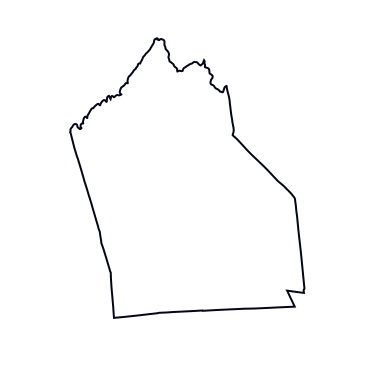 Tan Hong, Ðong Tháp, Vietnam (Equal Earth projection), rotated 14°
{"feature_id": "81297802B34572770830938", "entity_name": "Tan Hong", "entity_type": "district", "adm_level": 2, "iso_a3": "VNM", "parent_name": "Vietnam", "parent_adm1": "Ðong Tháp", "projection": "equal_earth", "projection_center": [105.442, 10.879], "detail": "fine", "context": "isolated", "style": "outline", "palette": "ink", "viewbox_px": 384, "rotation_deg": 14, "n_neighbors": 0, "source": "geoboundaries", "source_scale": "gbopen_adm2", "svg_char_len": 5612}
<svg xmlns="http://www.w3.org/2000/svg" viewBox="0 0 384 384"><g transform="rotate(14 192 192)"><path d="M319.4,278.4L311.3,268.5L308.2,264.7L325.0,262.9L324.8,262.2L324.4,261.3L324.1,260.3L324.1,259.7L324.3,259.3L324.4,258.9L324.4,258.5L324.4,258.2L323.9,256.9L312.4,224.6L307.1,210.4L304.4,203.1L299.7,189.8L297.9,185.4L295.8,179.4L294.5,176.3L293.8,174.3L293.3,173.4L292.5,172.5L288.3,169.3L279.2,163.8L272.8,160.7L260.4,152.7L256.0,150.0L240.7,141.3L235.0,137.8L229.2,133.9L222.2,129.4L219.4,128.0L217.8,127.1L217.6,126.7L217.8,124.8L217.7,123.1L217.5,121.7L216.7,119.5L214.4,114.7L213.2,111.6L211.2,107.1L207.3,96.8L206.1,93.5L204.7,90.4L202.1,85.7L200.6,82.6L200.0,80.9L199.7,80.8L198.9,81.6L198.6,82.0L198.3,82.7L198.2,83.6L198.2,84.7L198.1,85.2L198.0,86.4L198.0,87.1L197.7,88.0L197.7,88.5L197.6,88.3L197.2,87.9L196.7,87.8L195.9,87.7L195.6,87.8L195.2,87.9L194.3,87.3L194.0,87.0L193.0,86.5L191.8,86.0L190.5,85.9L189.6,85.5L188.9,85.0L187.9,84.0L187.5,83.7L187.0,83.4L186.1,83.2L185.0,83.1L184.4,82.9L184.3,82.7L183.8,82.1L183.5,81.6L183.4,81.2L183.4,80.8L183.3,80.1L183.3,79.3L183.4,78.5L183.7,77.7L184.2,76.5L184.2,75.9L184.2,75.2L184.0,74.6L183.8,74.2L183.5,74.0L182.5,73.5L180.8,72.8L180.4,72.6L180.1,72.0L179.2,69.4L178.8,68.7L178.3,68.3L177.9,68.1L177.2,67.9L174.6,67.8L174.4,67.7L174.2,67.4L174.1,66.9L174.0,66.0L173.9,65.4L173.2,64.6L173.0,64.3L172.9,64.1L172.8,62.7L172.6,62.1L171.8,61.3L171.6,62.5L171.6,62.9L171.5,63.9L171.4,64.5L171.2,65.1L170.7,65.8L169.8,67.1L169.6,67.1L169.3,67.1L168.5,66.8L168.0,66.6L167.4,66.2L166.7,65.6L166.1,65.3L165.5,65.0L165.0,64.9L164.7,65.0L162.8,65.2L162.5,65.4L161.8,66.1L161.4,66.7L161.0,67.2L160.7,67.5L159.9,67.9L159.3,68.3L158.4,69.2L158.0,69.7L157.5,70.1L156.8,70.8L156.3,71.3L155.6,72.3L154.5,73.3L154.1,73.9L153.8,74.6L153.7,75.4L153.6,76.6L153.4,76.9L152.5,77.3L152.1,77.3L151.2,77.3L150.7,77.4L150.1,77.5L149.5,77.9L148.9,78.5L148.7,78.6L148.3,78.1L148.0,76.8L147.7,76.2L147.2,75.7L146.8,75.4L146.2,75.1L145.4,74.8L144.9,74.6L144.4,74.3L144.1,74.0L143.8,73.4L143.4,73.0L143.0,72.6L142.4,72.2L141.7,71.9L140.1,71.2L139.3,70.9L138.8,70.8L138.6,70.6L138.2,69.8L137.7,68.8L136.8,67.5L136.6,67.1L136.5,66.5L136.5,65.7L136.5,64.9L136.4,64.0L136.1,63.3L135.7,62.7L135.3,62.1L134.8,61.7L133.0,60.3L132.5,60.0L132.1,59.9L131.8,59.6L131.6,59.3L131.1,57.9L130.8,57.4L130.5,57.0L130.0,56.5L129.8,56.2L129.4,55.0L129.0,52.9L128.6,52.2L128.2,51.7L127.8,51.5L127.4,51.3L126.8,51.2L126.4,51.2L125.4,51.0L125.0,51.0L124.5,51.3L124.0,51.7L123.6,52.4L123.3,52.6L123.1,52.6L122.0,52.4L121.8,52.4L121.8,52.1L121.9,51.8L121.3,51.4L120.3,51.5L120.1,51.9L120.0,52.1L119.6,52.3L119.1,52.7L118.7,53.3L118.7,54.1L118.8,56.2L118.7,57.2L118.6,57.7L118.0,59.3L117.6,60.4L117.5,61.2L117.2,61.9L117.0,62.7L116.8,63.6L115.9,65.5L114.9,67.3L113.9,68.7L113.6,69.4L113.3,70.2L113.1,70.8L112.2,72.4L111.9,73.0L111.8,73.7L111.7,74.8L111.6,75.6L111.0,77.7L110.7,78.8L110.7,79.5L110.5,80.0L109.8,80.1L109.2,80.3L108.8,80.8L108.7,81.3L108.8,82.8L108.6,83.4L108.4,83.8L108.1,84.3L107.8,84.8L107.4,86.6L107.0,86.9L106.6,87.4L106.2,88.1L105.8,89.1L105.4,90.5L105.1,91.1L104.6,91.9L104.0,93.6L102.9,95.1L102.7,95.5L102.5,96.8L102.4,97.8L102.5,99.1L102.7,100.4L102.8,100.7L103.1,101.3L103.3,102.0L103.1,102.1L102.2,102.1L101.7,102.3L101.3,102.7L101.1,103.1L100.8,104.1L100.5,104.6L100.3,105.0L99.8,105.7L99.3,106.3L98.7,107.0L98.2,107.6L97.9,108.5L97.7,109.9L97.6,111.3L97.7,112.4L97.9,113.1L98.5,113.7L99.4,114.2L99.8,114.4L99.7,114.6L99.2,115.1L98.6,115.5L98.1,115.8L97.9,115.9L96.3,115.9L95.7,116.1L95.3,116.4L94.8,117.0L94.3,117.7L93.9,118.4L93.6,118.8L93.3,118.9L92.9,118.8L92.7,118.7L92.3,118.4L91.9,118.2L91.4,118.2L90.9,118.4L90.6,119.0L90.5,120.1L90.5,121.5L90.4,121.4L90.2,121.3L89.2,120.1L88.9,119.6L88.8,119.3L88.5,119.0L88.1,118.8L87.5,119.4L87.0,120.1L86.8,121.0L86.9,122.5L87.0,122.9L87.3,124.0L87.4,124.4L87.4,124.9L87.3,125.1L87.2,125.2L86.6,125.0L86.3,124.8L86.1,124.5L85.6,124.2L85.3,124.1L84.9,124.0L84.2,124.2L83.6,124.7L83.2,125.4L82.7,126.3L82.4,127.2L82.2,127.6L82.0,129.0L81.9,129.8L81.9,130.0L81.5,130.1L81.3,130.0L80.7,129.5L80.3,129.3L79.7,129.2L79.1,129.5L78.6,129.9L78.1,130.6L76.8,132.6L76.5,133.3L76.3,133.8L76.1,134.2L75.9,134.5L75.7,134.7L75.2,134.8L74.8,135.1L74.4,135.7L73.4,138.7L73.3,139.2L73.1,140.1L72.8,141.0L72.5,142.0L72.2,143.4L72.3,144.3L72.4,145.1L72.4,145.5L72.2,145.6L71.4,145.0L71.1,144.8L70.7,144.6L70.3,144.8L69.9,145.1L69.6,145.6L69.3,146.3L69.2,147.2L69.2,148.9L69.2,150.0L69.3,150.7L69.8,151.6L69.8,151.9L69.7,152.0L69.3,152.0L68.7,152.1L68.3,152.5L68.0,152.9L67.8,153.7L67.9,154.4L68.0,155.2L68.2,155.9L68.7,156.3L69.1,156.5L69.3,156.7L69.3,156.8L69.2,157.0L68.5,157.8L68.1,158.0L67.7,158.0L67.5,157.9L66.9,157.6L65.6,156.9L65.3,156.7L64.8,156.0L64.7,155.7L64.4,154.9L64.1,154.6L63.8,154.4L63.3,154.2L62.7,154.2L62.2,154.3L61.5,154.6L61.0,155.2L60.7,155.9L60.4,156.9L59.9,158.2L59.5,158.8L59.2,159.6L59.0,160.4L59.0,160.9L59.2,161.6L59.5,162.7L59.5,162.9L59.5,163.0L59.3,163.4L59.8,164.0L60.1,164.4L65.6,174.7L67.2,177.7L71.0,184.0L71.7,185.2L72.9,186.9L78.3,195.9L79.6,198.1L85.4,208.2L87.3,211.2L87.7,211.9L89.2,214.3L92.8,220.4L96.6,226.6L98.4,229.7L105.6,242.1L109.3,248.3L110.0,249.8L111.0,251.3L112.0,252.6L113.9,257.3L115.5,261.0L116.4,263.5L119.8,268.6L123.9,275.4L130.9,287.2L131.9,289.1L132.6,289.6L133.7,293.6L135.5,299.4L137.1,304.4L143.4,322.7L146.1,331.1L146.8,333.0L155.9,329.8L166.9,325.8L188.0,317.9L189.2,317.2L195.7,315.3L202.5,313.1L222.0,307.2L230.9,304.4L231.1,304.7L245.6,300.2L273.0,292.0L273.4,292.0L281.3,289.8L293.7,286.1L303.9,283.0L310.0,281.2L319.4,278.4Z" fill="none" stroke="#020617" stroke-width="2"/></g></svg>